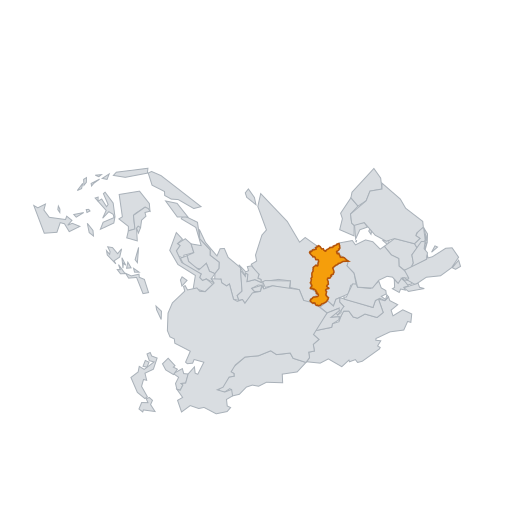 Pakistan highlighted on a map of Asia, rotated 157°
{"feature_id": "PAK", "entity_name": "Pakistan", "entity_type": "country or territory", "adm_level": 0, "iso_a3": "PAK", "parent_name": "Asia", "parent_adm1": "", "projection": "equal_earth", "projection_center": [69.806, 30.395], "detail": "fine", "context": "in_parent", "style": "filled", "palette": "amber", "viewbox_px": 512, "rotation_deg": 157, "n_neighbors": 45, "source": "natural_earth", "source_scale": "50m", "svg_char_len": 18299}
<svg xmlns="http://www.w3.org/2000/svg" viewBox="0 0 512 512"><g transform="rotate(157 256 256)"><path d="M250.6,138.8L246.4,141.6L245.1,146.9L239.4,145.7L237.8,152.3L230.7,154.6L233.8,161.2L232.1,164.4L214.2,160.8L212.1,163.8L205.3,163.1L197.8,171.0L192.1,169.0L190.4,161.9L186.9,159.1L178.4,160.0L168.6,152.1L161.0,154.3L160.1,168.5L154.8,164.5L150.0,166.6L150.3,162.7L144.6,155.8L152.8,153.4L153.3,147.4L141.9,149.1L135.3,141.8L139.4,134.4L142.0,136.5L148.9,130.1L162.2,133.8L177.8,133.2L178.6,131.6L174.3,129.2L179.2,125.7L177.4,123.3L178.7,122.2L199.3,117.6L204.1,118.3L205.0,121.8L211.3,122.1L211.1,123.9L220.3,120.6L229.6,133.0L238.8,132.3L250.6,138.8Z" fill="#d9dde1" stroke="#a8b0b8" stroke-width="1"/><path d="M160.1,168.5L161.0,154.3L168.6,152.1L178.4,160.0L186.9,159.1L190.4,161.9L192.1,169.0L196.7,171.0L204.7,164.8L203.1,167.6L211.0,170.2L207.2,173.0L203.7,172.7L203.8,169.8L199.9,170.7L197.5,175.4L194.9,175.2L197.0,180.9L195.2,185.0L168.4,162.9L163.5,168.4L160.1,168.5Z" fill="#d9dde1" stroke="#a8b0b8" stroke-width="1"/><path d="M442.0,359.7L440.8,389.3L438.0,385.6L429.5,386.1L433.3,381.2L431.2,372.4L417.1,364.0L414.7,366.6L411.5,360.7L417.3,357.9L412.4,357.9L406.6,352.1L418.4,351.4L419.7,360.5L423.2,363.2L430.0,355.6L442.0,359.7ZM386.8,388.3L384.7,393.9L381.4,394.4L383.4,390.1L386.8,388.3ZM418.4,379.2L418.2,375.8L419.6,372.7L420.3,376.1L418.4,379.2ZM363.7,329.0L361.9,333.1L367.7,343.7L363.7,344.3L357.9,366.1L337.9,361.2L333.7,346.0L336.1,338.7L339.0,344.3L350.1,342.3L352.9,341.3L356.9,328.2L363.7,329.0ZM397.6,363.3L406.3,362.0L407.5,365.4L397.6,363.3ZM394.1,365.1L391.8,364.3L391.2,362.3L394.6,362.1L394.1,365.1ZM397.8,337.9L400.4,342.7L398.5,352.0L396.1,343.2L397.8,337.9ZM374.0,341.9L388.8,341.4L383.5,346.8L371.7,346.8L371.2,350.2L374.2,354.3L382.4,350.7L376.1,356.5L381.4,372.2L378.3,371.9L380.0,368.2L375.8,368.7L374.3,359.8L372.0,361.2L372.1,373.0L370.0,373.7L366.8,360.6L370.5,347.2L374.0,341.9ZM372.4,393.2L366.5,391.3L369.7,390.4L372.4,393.2ZM369.9,387.9L376.9,386.3L380.0,384.7L379.4,387.2L369.9,387.9ZM363.2,384.7L367.2,387.5L359.1,388.9L363.2,384.7ZM323.6,374.7L345.6,379.5L355.8,385.9L351.8,387.7L321.2,379.0L323.6,374.7ZM315.0,351.1L324.0,361.8L322.8,374.5L319.1,374.6L312.0,367.1L287.3,322.9L294.7,324.0L305.5,338.3L311.8,341.5L316.4,347.4L315.0,351.1Z" fill="#d9dde1" stroke="#a8b0b8" stroke-width="1"/><path d="M387.1,390.6L390.2,386.2L394.9,386.1L387.1,390.6Z" fill="#d9dde1" stroke="#a8b0b8" stroke-width="1"/><path d="M95.4,200.8L92.0,206.6L90.6,216.6L89.5,209.3L93.1,201.6L95.4,200.8Z" fill="#d9dde1" stroke="#a8b0b8" stroke-width="1"/><path d="M98.4,197.0L93.2,201.5L98.1,195.3L98.4,197.0Z" fill="#d9dde1" stroke="#a8b0b8" stroke-width="1"/><path d="M94.1,204.4L91.6,208.8L93.0,203.9L94.1,204.4Z" fill="#d9dde1" stroke="#a8b0b8" stroke-width="1"/><path d="M94.1,204.4L104.7,200.3L105.4,205.4L98.2,208.1L100.9,212.3L94.1,217.9L90.6,216.6L94.1,204.4Z" fill="#d9dde1" stroke="#a8b0b8" stroke-width="1"/><path d="M142.2,239.1L150.1,239.6L157.6,232.8L153.0,246.7L143.3,244.5L142.2,239.1Z" fill="#d9dde1" stroke="#a8b0b8" stroke-width="1"/><path d="M139.9,236.9L139.8,233.8L141.7,231.0L142.5,234.9L139.9,236.9Z" fill="#d9dde1" stroke="#a8b0b8" stroke-width="1"/><path d="M130.1,214.2L133.2,220.6L127.4,218.3L130.1,214.2Z" fill="#d9dde1" stroke="#a8b0b8" stroke-width="1"/><path d="M105.4,205.4L104.7,200.3L112.1,196.1L113.9,188.1L119.0,184.0L124.9,184.9L128.3,190.9L125.6,197.9L131.0,204.1L134.1,214.8L121.6,217.9L105.4,205.4Z" fill="#d9dde1" stroke="#a8b0b8" stroke-width="1"/><path d="M153.7,245.8L157.9,236.2L168.7,247.5L161.9,256.6L161.4,262.3L145.9,272.5L142.6,262.1L152.6,257.7L155.1,248.9L153.7,245.8ZM158.5,230.2L157.1,231.3L158.1,229.8L158.5,230.2Z" fill="#d9dde1" stroke="#a8b0b8" stroke-width="1"/><path d="M311.0,292.5L311.9,283.4L322.1,284.9L323.5,281.8L327.5,286.5L327.3,291.9L321.9,295.3L323.5,298.1L314.3,299.5L311.0,292.5Z" fill="#d9dde1" stroke="#a8b0b8" stroke-width="1"/><path d="M319.3,283.2L311.9,283.4L311.0,292.5L302.4,287.0L300.2,305.8L310.3,319.5L307.1,321.9L296.7,309.9L301.0,293.9L295.7,279.4L297.8,274.6L292.2,264.6L294.8,259.0L300.7,255.8L304.8,260.1L304.6,268.7L311.5,265.2L316.8,269.1L320.2,277.4L319.3,283.2Z" fill="#d9dde1" stroke="#a8b0b8" stroke-width="1"/><path d="M326.5,283.5L319.3,283.2L320.2,277.4L314.0,265.5L304.6,268.7L304.8,260.1L300.7,255.8L306.0,252.5L305.1,247.5L310.7,254.3L314.8,254.3L316.3,258.2L313.5,260.9L325.8,275.8L326.5,283.5Z" fill="#d9dde1" stroke="#a8b0b8" stroke-width="1"/><path d="M300.7,255.8L294.8,259.0L292.2,264.6L297.8,274.6L295.7,279.4L301.0,293.9L297.8,302.7L297.2,288.3L291.9,271.3L286.2,276.7L282.2,275.3L282.2,265.6L274.8,251.2L282.6,229.1L288.8,226.9L289.0,221.8L293.6,225.0L291.4,240.6L294.8,239.9L298.0,244.7L297.3,248.4L303.6,249.6L300.7,255.8Z" fill="#d9dde1" stroke="#a8b0b8" stroke-width="1"/><path d="M317.1,300.2L323.5,298.1L321.9,295.3L327.3,291.9L326.9,279.0L313.5,260.9L316.3,258.2L314.8,254.3L310.7,254.3L306.8,246.9L316.7,243.0L326.3,250.9L319.4,261.8L331.2,278.7L333.2,294.9L320.2,308.7L317.1,300.2Z" fill="#d9dde1" stroke="#a8b0b8" stroke-width="1"/><path d="M380.9,164.3L379.9,170.1L374.6,174.6L378.1,180.1L367.8,181.1L368.5,176.0L364.6,173.9L366.4,171.4L370.4,166.5L374.7,167.9L373.7,165.8L378.2,162.0L380.9,164.3Z" fill="#d9dde1" stroke="#a8b0b8" stroke-width="1"/><path d="M372.6,182.5L378.3,179.1L383.6,186.4L384.2,193.3L376.8,196.2L373.4,186.7L375.5,186.0L372.6,182.5Z" fill="#d9dde1" stroke="#a8b0b8" stroke-width="1"/><path d="M251.6,138.5L263.4,133.2L278.0,137.0L281.0,128.9L295.7,135.7L304.5,135.1L309.8,138.6L316.1,139.1L325.4,135.2L332.2,136.4L331.8,144.2L338.0,143.0L344.0,146.7L328.0,155.1L323.1,153.9L322.2,156.4L324.2,159.1L320.8,162.4L305.6,167.3L292.7,163.2L279.5,163.0L275.6,157.2L262.4,153.3L261.8,147.3L251.6,138.5Z" fill="#d9dde1" stroke="#a8b0b8" stroke-width="1"/><path d="M289.0,221.8L288.8,226.9L282.6,229.1L275.9,248.7L273.8,241.8L272.5,244.6L270.6,242.3L274.2,235.9L266.2,234.7L261.5,229.6L260.6,232.5L263.0,234.8L260.4,238.0L262.5,239.2L263.6,250.3L257.4,251.1L256.1,257.0L242.3,273.0L236.2,275.9L235.0,300.8L227.3,311.6L213.7,275.5L210.5,251.7L203.5,253.8L196.0,241.5L205.3,238.6L200.3,227.5L203.9,223.0L207.6,223.3L218.3,204.9L213.5,196.5L223.1,195.1L226.0,191.7L229.5,196.5L229.3,208.1L237.0,213.7L234.0,219.6L244.5,225.7L259.9,229.7L261.7,222.6L262.2,226.8L265.3,228.4L272.6,227.9L271.2,223.9L284.7,216.8L285.5,221.2L289.0,221.8Z" fill="#d9dde1" stroke="#a8b0b8" stroke-width="1"/><path d="M273.8,241.8L275.2,254.7L271.6,245.5L268.6,245.4L268.1,249.6L264.0,248.7L260.4,238.0L263.0,234.8L260.6,232.5L261.5,229.6L266.2,234.7L274.2,235.9L270.6,242.3L272.5,244.6L273.8,241.8Z" fill="#d9dde1" stroke="#a8b0b8" stroke-width="1"/><path d="M271.2,223.9L272.6,227.9L262.2,226.8L265.7,221.7L271.2,223.9Z" fill="#d9dde1" stroke="#a8b0b8" stroke-width="1"/><path d="M259.8,223.5L259.9,229.7L257.2,229.8L234.0,219.6L238.3,212.7L252.4,222.1L259.8,223.5Z" fill="#d9dde1" stroke="#a8b0b8" stroke-width="1"/><path d="M185.8,185.1L199.4,184.9L204.3,179.6L207.5,186.6L211.8,183.6L217.6,185.0L205.7,189.3L206.8,193.1L204.6,197.8L201.7,197.7L202.9,200.4L199.7,206.5L192.3,209.0L190.3,214.9L178.2,217.3L173.0,215.2L176.0,211.4L172.4,202.0L174.8,191.0L180.3,192.0L185.8,185.1Z" fill="#d9dde1" stroke="#a8b0b8" stroke-width="1"/><path d="M195.2,185.0L197.0,180.9L194.9,175.2L203.8,169.8L204.9,172.6L200.2,175.5L212.9,175.8L217.0,183.9L207.5,186.6L204.3,179.6L199.4,184.9L195.2,185.0Z" fill="#d9dde1" stroke="#a8b0b8" stroke-width="1"/><path d="M204.7,164.8L212.1,163.8L214.2,160.8L232.1,164.4L212.9,175.8L200.2,175.5L200.5,173.2L211.0,170.2L203.1,167.6L204.7,164.8Z" fill="#d9dde1" stroke="#a8b0b8" stroke-width="1"/><path d="M150.0,166.6L154.8,164.5L158.6,168.7L163.5,168.4L168.4,162.9L191.4,181.6L191.3,184.1L188.9,182.9L177.9,192.6L174.8,191.0L174.7,187.6L163.4,181.4L152.8,184.8L153.2,177.7L150.0,173.5L150.9,170.2L156.4,169.9L153.7,165.3L150.7,169.1L150.0,166.6Z" fill="#d9dde1" stroke="#a8b0b8" stroke-width="1"/><path d="M134.1,214.8L131.0,204.1L125.6,197.9L128.3,190.9L123.6,181.6L124.0,175.9L129.8,178.6L135.9,175.2L138.6,183.2L143.3,186.1L152.5,185.7L161.3,181.0L174.7,187.6L172.4,202.0L176.0,211.4L173.0,215.2L180.5,228.3L175.8,230.5L174.4,235.5L161.3,232.6L160.1,227.4L148.9,228.0L142.9,223.5L139.0,213.8L134.1,214.8Z" fill="#d9dde1" stroke="#a8b0b8" stroke-width="1"/><path d="M94.8,203.1L98.4,197.0L96.9,192.0L100.2,186.3L117.6,184.6L113.9,188.1L112.1,196.1L98.1,204.8L94.8,203.1Z" fill="#d9dde1" stroke="#a8b0b8" stroke-width="1"/><path d="M130.9,178.5L123.0,172.6L123.2,169.3L129.0,170.4L130.9,178.5Z" fill="#d9dde1" stroke="#a8b0b8" stroke-width="1"/><path d="M124.9,184.9L100.2,186.3L97.9,190.3L98.4,187.0L94.0,186.4L78.3,189.0L72.3,186.9L70.0,175.7L80.6,168.8L93.9,165.7L107.5,169.9L120.6,167.4L126.1,174.7L124.0,175.9L124.9,184.9ZM71.8,166.5L77.5,165.8L79.9,168.5L71.1,173.0L71.8,166.5Z" fill="#d9dde1" stroke="#a8b0b8" stroke-width="1"/><path d="M241.6,313.6L241.2,318.3L236.8,320.7L234.6,310.5L236.0,303.2L241.6,313.6Z" fill="#d9dde1" stroke="#a8b0b8" stroke-width="1"/><path d="M332.2,265.7L329.0,260.5L335.9,257.3L334.9,263.5L332.2,265.7ZM212.9,175.8L233.8,161.2L230.7,154.6L237.8,152.3L239.4,145.7L245.1,146.9L246.4,141.6L251.6,138.5L261.8,147.3L262.4,153.3L275.6,157.2L279.5,163.0L292.7,163.2L305.6,167.3L317.6,163.8L324.2,159.1L322.2,156.4L323.1,153.9L328.0,155.1L337.6,148.1L344.0,148.0L338.0,143.0L330.6,142.7L332.2,136.4L339.2,135.5L341.1,129.2L338.6,126.4L343.4,124.1L354.3,126.3L363.0,136.9L368.3,138.0L375.0,144.0L385.5,141.5L384.6,153.8L378.8,154.5L380.9,164.3L378.2,162.0L373.7,165.8L374.7,167.9L370.4,166.5L364.6,173.9L356.0,178.0L357.8,171.9L355.8,169.9L345.5,178.6L353.4,184.9L356.2,182.1L361.3,183.7L362.3,185.8L353.7,194.0L364.8,207.4L363.6,211.6L366.8,215.2L366.7,222.0L359.3,237.8L351.3,245.5L335.3,251.5L334.6,256.2L332.8,256.4L332.3,251.5L322.9,249.7L321.5,245.4L316.7,243.0L305.1,247.5L306.0,252.5L297.3,248.4L298.0,244.7L294.8,239.9L291.4,240.6L293.6,225.0L290.9,221.5L285.5,221.2L284.7,216.8L273.8,223.4L265.7,221.7L262.1,225.9L261.7,222.6L252.4,222.1L229.3,208.1L229.5,196.5L220.9,190.0L212.9,175.8Z" fill="#d9dde1" stroke="#a8b0b8" stroke-width="1"/><path d="M368.1,234.6L368.5,245.4L367.6,249.0L364.6,242.1L368.1,234.6Z" fill="#d9dde1" stroke="#a8b0b8" stroke-width="1"/><path d="M131.9,166.3L135.8,169.1L138.4,166.5L143.2,172.6L140.7,172.9L137.9,180.3L135.9,175.2L130.9,178.5L128.7,174.0L127.4,168.7L131.9,169.4L131.9,166.3ZM129.8,178.6L127.8,178.0L126.1,174.7L128.9,175.7L129.8,178.6Z" fill="#d9dde1" stroke="#a8b0b8" stroke-width="1"/><path d="M113.8,160.3L129.5,163.8L132.3,169.0L117.4,167.6L117.7,163.3L113.8,160.3Z" fill="#d9dde1" stroke="#a8b0b8" stroke-width="1"/><path d="M373.5,292.5L369.9,286.8L374.1,288.6L373.5,292.5ZM380.1,306.8L379.5,298.4L381.0,301.2L383.2,296.8L380.1,306.8ZM388.1,303.5L392.5,315.1L391.5,319.3L390.1,314.7L388.6,317.0L388.9,322.4L384.8,319.8L382.5,312.2L376.9,315.1L381.9,308.3L388.5,307.0L388.1,303.5ZM368.7,299.9L360.7,309.8L367.8,296.2L368.7,299.9ZM374.7,265.5L374.3,282.9L381.9,285.4L382.8,291.0L378.6,286.4L370.8,285.0L371.8,282.0L367.9,278.1L369.2,264.3L374.7,265.5ZM376.4,300.4L375.6,293.9L379.9,295.3L376.4,300.4ZM387.7,292.6L389.0,297.7L386.3,296.5L385.9,301.8L383.4,290.9L387.7,292.6Z" fill="#d9dde1" stroke="#a8b0b8" stroke-width="1"/><path d="M303.4,318.4L313.2,322.7L317.7,342.0L308.1,335.3L303.4,318.4ZM363.7,329.0L356.9,328.2L352.9,341.3L339.0,344.3L336.6,341.8L336.1,338.7L341.2,339.4L341.8,335.6L347.3,333.7L351.2,327.2L355.1,328.2L359.4,316.3L367.9,323.2L363.7,329.0Z" fill="#d9dde1" stroke="#a8b0b8" stroke-width="1"/><path d="M355.3,323.0L355.1,328.2L352.8,329.6L351.2,327.2L355.3,323.0Z" fill="#d9dde1" stroke="#a8b0b8" stroke-width="1"/><path d="M418.5,176.8L418.6,193.1L409.8,195.3L406.6,200.0L403.2,195.3L391.2,198.3L395.1,201.3L394.6,208.4L391.1,208.5L391.1,204.7L386.9,200.7L394.7,191.9L404.0,191.5L405.2,184.3L407.8,186.3L412.3,180.7L411.0,168.9L414.0,168.2L418.5,176.8ZM419.8,158.3L421.2,156.7L423.5,160.9L418.5,165.8L412.8,163.2L412.8,167.4L409.5,167.5L407.7,163.6L411.1,160.4L409.7,152.3L419.8,158.3ZM396.0,200.0L399.8,196.3L403.1,198.6L398.7,203.1L396.0,200.0Z" fill="#d9dde1" stroke="#a8b0b8" stroke-width="1"/><path d="M142.6,262.1L145.9,272.5L142.7,277.2L113.3,290.5L110.8,279.0L113.9,268.4L125.7,271.2L133.0,263.8L142.6,262.1Z" fill="#d9dde1" stroke="#a8b0b8" stroke-width="1"/><path d="M90.7,217.2L99.1,214.4L100.9,212.3L98.2,208.1L105.4,205.4L121.6,217.9L130.3,218.7L138.2,228.6L143.3,244.5L153.7,245.8L155.1,248.9L152.6,257.7L133.0,263.8L125.7,271.2L113.9,268.4L111.6,273.9L100.9,252.0L99.6,241.5L89.0,222.7L90.7,217.2Z" fill="#d9dde1" stroke="#a8b0b8" stroke-width="1"/><path d="M92.9,190.9L87.3,195.4L85.4,193.3L92.9,190.9Z" fill="#d9dde1" stroke="#a8b0b8" stroke-width="1"/><path d="M222.7,191.0L223.6,193.2L223.5,193.7L223.2,193.9L222.8,194.1L222.7,194.2L222.7,194.3L222.6,194.6L222.3,194.8L222.0,194.7L221.8,194.7L221.0,195.0L220.6,195.0L220.2,195.3L220.0,195.5L219.5,195.7L219.2,195.7L218.7,195.6L218.2,195.3L217.9,195.2L217.7,195.2L217.2,195.1L216.1,194.8L215.2,194.6L214.1,195.1L213.8,195.8L213.7,196.0L213.7,196.4L214.0,196.6L214.2,196.8L214.2,197.0L214.0,197.3L214.0,197.5L214.6,197.8L214.9,197.8L215.1,197.8L215.1,198.0L215.0,198.3L214.5,198.4L214.3,198.7L214.2,198.9L214.2,199.2L214.3,199.3L214.7,199.7L214.8,199.8L214.8,200.0L214.7,200.3L214.3,200.9L214.3,201.0L214.7,201.6L215.0,201.8L215.3,202.0L215.4,202.5L215.5,202.9L215.9,202.9L216.2,202.9L216.3,202.9L216.4,203.5L216.4,203.9L216.5,204.0L216.9,204.2L217.5,204.1L218.3,204.5L218.5,204.7L218.6,204.9L218.6,205.2L218.3,205.5L217.8,205.7L216.7,206.3L216.4,206.5L216.2,206.8L216.1,207.1L216.0,207.3L216.3,208.1L216.3,208.3L216.1,209.5L216.4,209.8L216.5,210.1L216.1,210.4L215.7,210.7L215.2,211.2L214.5,212.3L214.2,212.6L214.2,213.0L214.3,213.3L214.3,213.5L214.2,213.8L213.9,214.1L213.5,214.3L212.9,214.6L212.6,214.7L212.1,216.4L211.8,217.2L211.3,218.3L211.1,218.6L209.3,219.8L209.2,220.0L208.8,221.2L208.7,221.5L208.1,222.2L207.9,222.7L207.9,223.1L206.8,223.5L206.0,223.6L205.7,223.7L204.7,224.2L204.4,224.2L204.2,224.1L204.1,223.9L204.0,223.7L203.9,223.2L203.7,223.0L203.5,222.9L203.2,222.8L202.9,223.0L202.7,223.2L202.4,223.6L202.1,224.3L201.6,225.2L201.0,225.9L200.7,226.2L200.5,226.5L200.4,226.7L200.3,227.4L200.2,228.1L200.3,228.3L201.0,228.8L201.6,229.0L202.1,229.0L202.3,229.2L202.4,229.3L202.4,229.5L202.3,230.6L202.1,231.2L202.2,231.6L202.2,231.9L202.8,232.8L203.3,232.9L203.5,232.9L203.9,232.8L204.0,233.0L204.0,234.0L204.2,234.4L204.5,234.9L204.7,235.6L205.0,236.3L205.2,236.9L205.3,237.2L205.1,237.3L205.1,237.5L205.1,237.9L205.1,238.1L205.3,238.3L205.1,238.6L204.9,238.6L204.5,239.0L204.4,239.1L204.2,239.1L203.8,239.0L203.7,238.7L203.7,238.4L202.8,238.6L202.2,238.9L202.0,239.3L201.7,239.4L201.3,239.5L201.0,239.4L200.5,239.0L199.0,239.0L198.8,238.9L198.6,239.0L198.3,238.9L198.2,239.0L198.0,238.8L197.9,238.8L197.8,239.0L197.8,240.3L197.0,240.3L196.3,240.5L196.0,240.8L195.9,241.1L195.6,241.0L195.5,240.8L195.4,240.9L195.0,240.6L194.8,240.9L194.3,241.0L194.3,240.7L194.0,240.7L193.8,240.4L193.7,240.1L193.6,239.9L193.4,239.8L193.2,239.4L193.2,239.0L193.1,238.6L192.8,236.9L192.5,236.7L191.2,236.4L191.2,236.1L191.3,235.4L191.2,234.9L190.8,234.2L190.7,233.7L190.4,233.4L190.1,233.2L189.7,233.3L189.4,233.7L190.2,233.6L190.3,233.7L190.5,233.9L190.3,233.9L190.1,233.8L189.8,233.8L188.6,234.0L188.0,234.3L187.1,234.2L186.0,234.5L185.0,234.5L184.7,235.0L184.4,234.9L183.0,234.4L182.9,234.2L182.7,234.1L182.5,234.3L182.3,234.4L181.6,234.2L181.1,234.3L180.9,234.6L180.9,234.9L180.2,234.9L179.9,234.7L179.4,234.9L178.2,234.7L177.9,234.7L177.5,235.0L177.3,235.2L177.1,235.3L176.9,235.0L176.7,234.9L176.4,235.2L175.8,235.3L175.2,235.2L174.7,235.0L174.8,234.6L175.0,233.3L175.1,232.8L175.0,232.6L175.3,232.3L175.3,232.2L175.6,230.8L175.7,230.5L175.8,230.5L176.5,230.2L176.6,229.9L177.0,230.0L177.0,229.9L177.0,229.7L177.2,229.4L177.4,229.2L177.6,229.1L178.3,229.0L178.6,228.8L179.7,228.8L179.9,228.7L180.0,228.7L180.0,227.9L180.3,227.7L180.2,227.2L180.2,226.9L180.4,226.7L180.3,226.3L180.1,226.2L179.2,226.3L178.9,226.2L178.7,226.2L178.7,225.9L178.7,225.7L178.9,225.3L178.9,225.1L178.8,223.8L178.7,222.9L178.8,222.1L178.8,221.9L178.7,221.9L178.2,221.9L177.8,221.4L177.5,221.2L176.8,220.9L176.5,220.9L176.1,220.6L175.2,219.6L175.1,219.2L174.9,218.7L174.4,217.6L174.4,217.3L174.3,217.1L172.9,215.1L177.7,216.9L178.0,217.0L181.5,216.6L182.8,216.9L183.2,217.0L183.4,216.7L183.7,216.5L184.1,216.4L184.5,216.3L185.5,216.3L185.8,216.4L186.3,216.3L189.8,215.2L190.0,215.0L190.1,214.8L190.2,214.6L190.0,214.3L190.0,214.0L190.1,213.6L190.2,213.1L190.2,212.3L190.2,211.9L190.4,211.1L190.5,210.6L191.1,210.3L191.2,210.2L191.3,210.1L191.6,209.4L191.9,209.2L192.2,209.0L192.5,209.0L192.8,209.2L193.3,209.3L193.9,209.3L194.3,209.1L194.5,208.9L194.8,208.8L194.8,208.7L194.5,208.5L194.3,208.4L194.3,208.1L194.8,208.0L195.7,207.4L196.0,207.1L196.1,206.9L196.3,206.9L196.6,207.0L197.0,207.1L197.2,206.9L197.5,206.9L197.7,207.1L197.8,207.3L198.1,207.6L198.3,207.6L198.7,207.5L199.0,207.2L199.6,206.3L199.5,204.3L199.7,203.9L199.9,203.6L200.0,203.2L200.0,202.9L200.2,202.6L200.3,201.8L200.5,201.7L201.0,201.5L201.6,201.5L202.7,200.7L202.8,200.4L202.6,200.0L202.3,199.3L202.1,198.9L201.5,198.2L201.5,197.8L201.9,197.6L202.7,197.9L202.9,197.9L203.2,198.0L203.9,198.0L204.5,197.9L205.1,197.6L205.3,197.3L205.3,196.3L205.0,196.0L204.9,195.8L204.9,195.6L205.0,195.5L205.2,195.3L205.3,195.0L205.7,194.6L205.9,194.2L206.4,193.8L206.6,193.5L206.6,193.3L206.8,193.1L206.9,192.9L206.6,192.5L206.6,192.3L206.8,192.0L206.7,191.4L206.5,191.2L206.4,190.8L206.3,190.3L206.2,190.1L206.0,189.9L205.6,189.6L205.5,189.4L205.7,189.1L205.9,188.9L206.4,188.4L206.6,188.1L206.8,187.8L207.1,187.9L207.3,187.8L207.4,187.6L207.7,187.4L208.3,187.0L208.5,186.8L208.7,186.6L209.0,186.6L209.3,186.5L209.9,186.2L211.0,186.2L211.4,186.1L213.4,186.0L214.1,186.3L214.7,186.0L215.7,185.5L215.9,185.4L216.2,185.4L216.4,185.5L216.8,185.7L217.3,185.6L217.6,185.7L218.2,185.9L218.3,186.0L218.4,186.6L218.6,186.7L218.9,186.5L219.2,186.6L219.5,186.8L219.7,187.0L219.9,187.2L220.0,187.5L220.2,188.0L220.2,188.9L220.1,189.1L220.0,189.4L220.1,189.5L220.5,189.7L220.6,189.8L220.8,190.3L221.1,190.4L221.5,190.3L221.8,190.1L222.0,190.1L222.0,190.5L222.3,190.7L222.7,191.0Z" fill="#f59e0b" stroke="#b45309" stroke-width="1.5"/></g></svg>